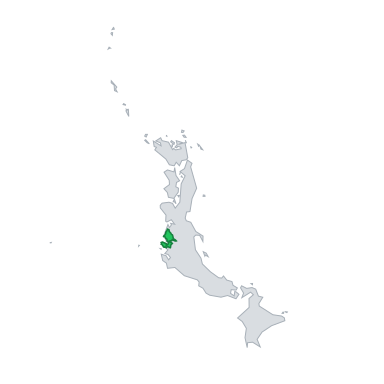 Shizuoka on a map of Japan (Albers equal-area conic projection), rotated 111°
{"feature_id": "JPN-1845", "entity_name": "Shizuoka", "entity_type": "Prefecture", "adm_level": 1, "iso_a3": "JPN", "parent_name": "Japan", "parent_adm1": "", "projection": "albers", "projection_center": [138.464, 35.111], "detail": "fine", "context": "in_parent", "style": "filled", "palette": "green", "viewbox_px": 384, "rotation_deg": 111, "n_neighbors": 0, "source": "natural_earth", "source_scale": "10m", "svg_char_len": 6436}
<svg xmlns="http://www.w3.org/2000/svg" viewBox="0 0 384 384"><g transform="rotate(111 192 192)"><path d="M270.7,111.5L275.9,112.7L275.9,121.7L279.8,127.2L282.0,138.4L281.4,142.6L277.9,147.3L277.2,152.1L273.5,153.1L272.1,155.6L272.9,169.2L268.6,180.9L272.0,187.5L267.6,190.4L266.5,194.8L261.1,198.4L260.8,193.4L263.7,189.5L260.9,188.6L258.9,191.9L259.2,195.3L254.6,193.7L252.9,199.5L250.2,202.4L249.8,197.7L250.9,197.0L248.9,195.7L243.2,202.7L231.0,202.8L233.3,200.3L230.0,199.4L228.9,200.7L228.3,196.6L225.3,201.4L229.0,204.7L228.7,206.1L222.9,208.0L218.2,215.9L215.8,216.9L213.1,215.9L209.8,209.8L209.6,206.1L213.1,201.9L205.9,199.7L188.3,205.0L179.3,204.2L177.1,210.5L172.9,207.4L163.8,207.7L165.2,202.3L169.0,202.3L186.8,189.0L198.1,189.6L211.0,186.9L212.6,189.9L218.8,189.0L220.9,187.0L220.7,182.3L227.5,174.3L229.2,165.9L234.3,164.1L229.7,169.3L230.9,173.1L233.3,174.2L244.7,168.1L250.6,159.9L255.5,156.5L259.9,146.2L262.5,136.4L261.7,133.4L259.1,132.5L261.8,128.0L261.3,122.6L264.4,120.3L265.3,115.3L267.8,115.7L269.1,120.4L272.8,119.7L273.9,115.4L269.5,116.4L269.5,114.9L270.7,111.5ZM297.6,76.4L306.2,78.4L312.2,72.8L310.5,81.6L312.8,86.1L317.5,84.7L309.0,90.3L299.8,92.4L294.9,98.7L293.3,104.3L279.3,97.3L271.0,100.6L265.9,97.9L264.5,101.4L272.8,107.6L267.9,107.6L264.1,112.3L261.8,112.1L262.4,106.4L259.7,101.7L259.9,97.7L265.4,92.7L264.9,88.2L272.2,89.6L274.4,88.3L277.6,72.5L275.7,63.9L276.4,60.7L278.9,59.2L288.2,69.7L297.6,76.4ZM166.3,212.8L172.0,213.2L169.9,217.4L173.9,218.0L174.7,222.9L170.6,228.2L166.0,241.8L163.0,241.2L163.1,243.6L158.3,246.4L160.0,237.4L157.4,239.1L157.3,244.1L152.6,240.7L154.8,238.4L153.9,231.8L159.4,225.3L157.9,224.7L158.6,222.4L155.5,217.6L154.2,218.5L154.5,221.8L156.2,222.0L156.2,224.0L153.1,222.8L149.7,225.1L149.3,218.6L152.5,221.7L148.4,216.2L161.6,208.2L164.1,209.1L166.3,212.8ZM197.1,204.8L204.5,206.7L205.4,212.1L201.3,214.8L199.0,219.4L193.1,215.7L189.2,217.5L183.5,225.2L180.2,222.8L179.7,216.0L175.4,216.9L182.4,212.8L185.9,207.6L188.6,209.9L192.9,209.0L193.3,206.0L197.1,204.8ZM125.1,300.7L120.1,303.0L119.0,306.6L117.1,307.2L121.0,299.8L123.2,300.3L125.3,297.8L125.1,300.7ZM247.3,157.0L243.7,160.1L244.0,156.8L246.6,153.7L246.1,156.9L247.3,157.0ZM144.1,278.1L139.9,282.8L137.7,281.0L144.1,278.1ZM152.8,229.9L151.4,229.6L152.3,226.0L154.1,225.9L152.8,229.9ZM207.8,206.1L204.9,205.9L208.7,202.7L207.5,204.6L207.8,206.1ZM156.8,256.2L154.8,256.0L154.2,254.3L157.1,254.5L156.8,256.2ZM148.8,199.0L146.3,201.0L148.7,197.1L148.8,199.0ZM160.7,254.7L159.8,254.0L162.3,249.1L162.1,251.6L160.7,254.7ZM137.8,221.2L139.6,221.7L140.1,223.2L137.8,223.6L137.8,221.2ZM147.0,202.2L145.2,203.9L145.7,201.6L147.0,202.2ZM69.0,324.8L66.5,324.3L66.6,324.0L67.8,322.9L69.0,324.8ZM192.1,180.1L190.7,180.4L190.4,178.9L191.4,178.3L192.1,180.1ZM142.4,220.9L141.6,219.4L143.1,217.1L143.7,219.0L142.4,220.9ZM74.3,322.5L73.3,324.4L72.1,324.4L71.7,323.2L74.3,322.5ZM135.1,287.7L134.0,287.5L134.3,285.3L134.8,285.2L135.1,287.7ZM273.0,64.4L271.5,64.0L271.4,63.3L272.5,63.0L273.0,64.4ZM157.3,226.5L155.3,227.6L154.8,227.0L157.3,226.5ZM256.4,104.1L255.7,102.7L256.9,102.3L256.4,104.1ZM177.8,210.1L179.0,209.7L180.4,209.7L177.8,210.1ZM270.6,60.2L270.4,62.6L269.8,60.0L270.6,60.2ZM147.7,215.5L146.0,216.8L148.4,214.6L147.7,215.5ZM88.6,321.5L86.5,321.3L86.9,319.6L87.4,320.5L88.6,321.5ZM151.2,208.6L150.0,209.7L150.6,208.2L151.2,208.6ZM201.3,202.6L200.4,204.0L199.7,202.7L201.3,202.6ZM138.7,282.1L138.3,283.0L138.0,281.8L138.7,282.1ZM256.6,200.3L256.2,201.4L256.0,200.3L256.6,200.3ZM149.0,236.0L148.0,236.2L149.0,235.4L149.0,236.0ZM181.7,206.3L181.7,207.6L180.7,207.4L181.7,206.3ZM261.7,222.4L260.7,222.6L260.7,222.0L261.7,222.4ZM290.1,305.4L290.3,306.6L289.5,305.3L290.1,305.4Z" fill="#d9dde1" stroke="#a8b0b8" stroke-width="1"/><path d="M253.0,195.8L252.9,195.9L252.8,196.4L252.8,196.6L253.1,196.7L253.1,196.9L253.0,197.2L252.9,197.4L253.1,197.7L253.4,197.8L253.5,198.1L253.6,198.6L253.5,199.0L253.3,199.1L253.0,199.2L252.9,199.4L252.9,199.6L252.8,199.9L252.6,200.1L252.5,200.3L252.4,200.4L252.3,200.5L252.2,200.6L252.0,200.9L252.0,201.0L251.9,201.3L251.8,201.5L251.9,201.8L251.9,202.0L251.7,202.0L251.6,201.9L251.4,201.8L250.9,202.2L250.5,202.4L250.2,202.7L249.9,202.4L249.5,202.0L249.6,201.8L249.5,201.7L249.4,201.6L249.2,201.4L249.2,201.2L249.2,200.9L249.3,200.8L249.4,200.7L249.5,200.6L249.4,200.2L249.3,199.8L249.4,199.6L249.4,199.4L249.4,199.1L249.3,198.9L249.6,198.6L249.6,198.4L249.4,197.9L249.4,197.6L249.6,197.3L249.7,197.0L250.1,197.0L250.4,197.1L250.6,197.1L250.8,197.1L251.0,196.9L250.4,196.3L250.2,196.0L249.8,195.8L249.2,195.6L248.7,195.5L248.3,195.7L248.1,195.8L247.5,195.9L247.2,196.1L246.9,196.7L246.5,196.9L246.5,197.4L246.6,197.5L246.6,197.2L246.8,197.1L246.7,197.6L246.2,197.9L245.8,198.1L245.5,198.3L245.1,198.5L244.9,198.8L244.8,199.0L244.7,199.3L244.9,199.6L244.7,199.9L244.6,200.0L244.3,200.4L243.9,200.8L243.5,201.1L243.3,201.8L243.3,202.1L243.3,202.3L243.6,202.4L243.8,202.6L243.7,202.7L243.2,202.6L241.7,201.9L240.8,201.7L240.0,201.7L238.9,202.1L237.7,201.7L236.8,201.6L236.3,201.6L235.4,201.6L235.4,201.4L235.4,201.2L235.4,200.9L235.4,200.6L235.4,200.3L235.6,199.8L235.7,199.7L235.9,199.6L236.5,199.5L236.5,199.4L236.9,199.0L237.0,198.9L237.1,198.7L237.6,198.0L237.7,197.8L237.8,197.3L237.9,197.1L238.5,196.5L238.7,196.3L238.9,195.8L239.0,195.5L239.0,195.2L239.1,194.8L239.4,194.6L239.9,194.2L240.1,194.1L240.5,193.8L240.8,193.6L241.0,193.6L241.3,193.4L241.5,193.1L241.9,193.0L242.1,192.9L242.4,192.6L242.5,192.5L242.6,192.3L242.5,192.2L242.4,191.9L242.4,191.6L242.6,191.5L242.7,191.3L242.7,191.2L242.6,190.9L242.7,190.6L242.7,190.3L242.7,190.2L242.9,189.9L243.0,189.8L243.1,189.7L243.2,189.4L243.3,189.1L243.5,189.3L243.6,189.8L243.8,190.3L243.8,190.5L243.8,191.1L243.7,191.5L243.8,192.0L243.7,192.2L243.6,192.5L243.7,192.8L243.7,193.0L243.7,193.4L243.8,193.4L244.0,193.5L244.2,193.4L244.5,193.4L244.9,193.5L245.0,193.7L245.1,194.5L245.3,194.9L245.5,195.0L245.8,195.3L246.0,195.3L246.3,195.2L246.5,195.0L246.6,194.9L246.7,194.7L246.7,194.3L246.6,194.0L246.6,193.5L246.7,193.0L246.8,192.3L246.9,192.1L247.0,191.9L247.6,192.2L247.8,192.3L248.0,192.3L248.3,192.6L248.7,192.7L250.1,192.6L250.9,192.3L251.6,192.2L251.7,192.3L251.8,192.3L251.8,192.7L251.8,192.8L251.9,193.0L251.9,193.4L252.0,193.5L251.9,193.6L251.7,193.9L251.6,194.1L251.6,194.3L251.7,194.6L251.8,194.9L252.0,195.3L252.2,195.5L252.3,195.6L252.5,195.6L253.0,195.8Z" fill="#22c55e" stroke="#15803d" stroke-width="1.5"/></g></svg>